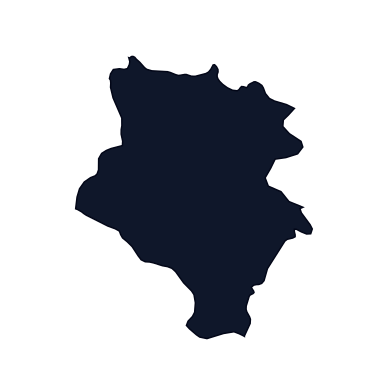 the Province of Poni, rotated 296°
{"feature_id": "BFA-2837", "entity_name": "Poni", "entity_type": "Province", "adm_level": 1, "iso_a3": "BFA", "parent_name": "Burkina Faso", "parent_adm1": "", "projection": "equal_earth", "projection_center": [-3.283, 10.293], "detail": "fine", "context": "isolated", "style": "filled", "palette": "ink", "viewbox_px": 384, "rotation_deg": 296, "n_neighbors": 0, "source": "natural_earth", "source_scale": "10m", "svg_char_len": 2252}
<svg xmlns="http://www.w3.org/2000/svg" viewBox="0 0 384 384"><g transform="rotate(296 192 192)"><path d="M143.9,295.6L140.4,294.7L138.2,292.6L136.9,290.3L135.3,288.3L132.5,287.1L131.8,287.8L129.9,290.9L128.8,291.8L127.5,291.4L124.9,289.4L123.3,289.1L113.3,290.7L110.3,292.0L108.3,293.8L105.0,298.5L103.2,300.3L99.3,301.9L85.6,302.2L85.2,302.4L85.3,300.8L85.3,296.4L84.8,291.0L78.7,282.4L66.8,269.7L65.0,262.5L65.6,258.6L67.9,249.8L69.6,245.5L74.2,245.1L80.3,247.0L85.1,247.1L93.9,243.6L100.6,238.8L102.9,235.0L106.7,224.3L113.2,212.2L114.6,207.4L114.2,202.7L112.8,197.8L111.4,188.4L110.5,184.6L108.8,180.5L108.8,176.0L109.8,174.1L110.8,172.0L116.7,162.1L118.9,155.6L120.3,149.7L122.5,146.5L124.2,144.8L125.1,143.6L125.3,139.1L124.5,131.3L124.8,107.2L125.2,104.1L125.8,101.5L126.1,96.8L125.9,94.8L137.1,90.9L145.6,89.5L153.8,90.8L160.4,94.5L164.1,97.9L166.7,98.8L170.9,98.3L181.0,93.5L187.1,93.9L191.8,96.8L195.6,100.2L203.2,109.1L207.3,107.4L212.9,103.0L217.1,101.0L220.9,99.9L227.7,96.5L242.0,79.8L250.4,72.9L254.2,71.3L256.8,69.7L257.7,68.1L262.5,67.0L267.6,67.6L271.0,72.8L272.4,77.2L274.6,79.9L279.2,79.8L282.0,78.9L284.9,76.4L285.0,76.3L285.2,77.5L285.6,77.5L286.5,77.8L287.4,78.4L288.0,79.6L288.0,81.4L287.5,82.6L287.0,83.6L285.7,88.2L283.0,94.8L282.4,97.5L283.3,102.8L289.4,117.3L289.9,120.1L290.3,126.0L290.8,128.7L291.8,130.3L294.5,134.0L295.1,135.3L295.8,140.7L297.4,144.2L304.6,152.6L307.1,154.3L310.5,155.1L315.5,155.3L316.3,156.5L315.4,159.0L313.5,161.6L311.3,162.8L308.6,163.1L306.6,164.1L305.0,165.8L303.6,168.3L302.2,172.4L301.2,178.0L301.2,183.8L302.8,188.3L304.6,189.4L306.7,189.7L308.5,190.3L309.2,192.1L309.7,195.3L311.1,195.9L312.8,195.8L314.8,196.8L316.9,198.5L318.2,199.4L318.9,200.8L319.0,204.4L318.4,208.1L316.8,210.5L312.7,214.8L310.0,220.5L309.9,226.1L312.0,238.6L312.0,247.4L303.5,244.9L296.8,242.5L290.7,244.9L287.1,253.9L285.3,267.8L281.0,271.9L272.6,270.2L264.1,261.3L258.0,252.3L247.7,252.3L236.8,251.5L230.7,258.0L231.3,271.9L225.9,283.3L226.9,298.4L224.4,296.3L221.2,299.4L214.3,312.6L211.5,316.3L206.5,317.0L204.5,313.4L204.1,307.7L204.3,302.2L203.4,300.3L201.2,301.4L198.8,303.4L197.0,304.3L194.8,302.7L191.2,298.3L188.6,297.0L156.2,293.4L143.9,295.6Z" fill="#0f172a" stroke="#020617" stroke-width="1.5"/></g></svg>